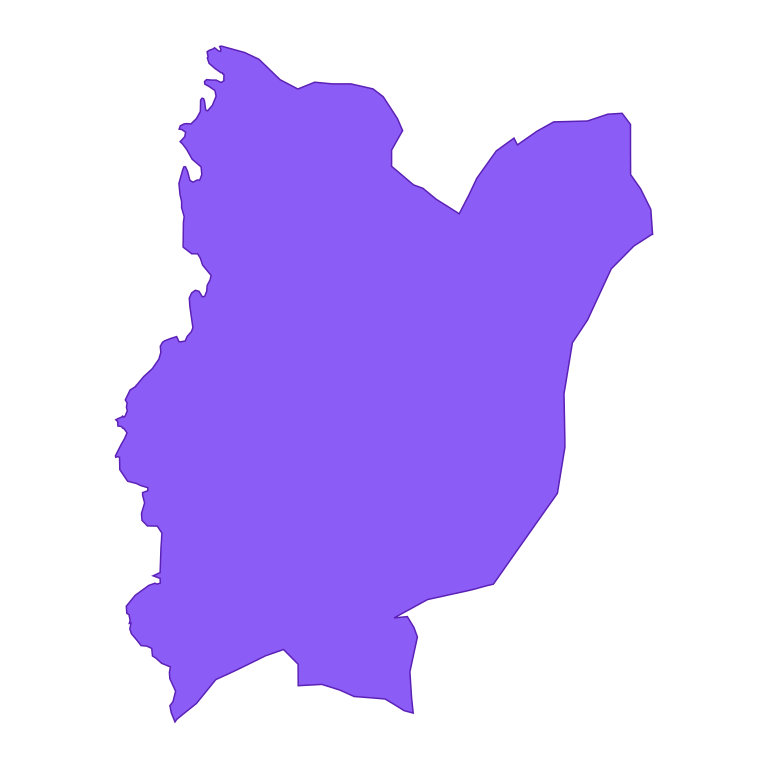 Norwein, River Cess, Liberia
{"feature_id": "62588387B87205642323712", "entity_name": "Norwein", "entity_type": "district", "adm_level": 2, "iso_a3": "LBR", "parent_name": "Liberia", "parent_adm1": "River Cess", "projection": "mercator", "projection_center": [-9.633, 5.839], "detail": "fine", "context": "isolated", "style": "filled", "palette": "violet", "viewbox_px": 768, "rotation_deg": 0, "n_neighbors": 0, "source": "geoboundaries", "source_scale": "gbopen_adm2", "svg_char_len": 3616}
<svg xmlns="http://www.w3.org/2000/svg" viewBox="0 0 768 768"><path d="M652.6,234.4L650.8,209.4L640.7,189.0L630.9,175.0L630.6,174.5L630.5,153.3L630.5,124.4L622.1,113.3L610.9,114.0L607.7,114.2L587.5,121.0L553.7,121.9L537.5,130.9L536.8,131.3L517.4,144.9L514.0,138.1L496.3,150.9L476.9,178.1L471.4,189.7L469.3,194.2L459.2,213.8L448.7,207.1L436.4,199.4L422.9,188.3L413.6,184.9L411.4,183.1L391.6,166.3L391.6,150.1L402.6,130.6L397.5,118.7L383.8,97.6L383.1,96.6L373.0,88.9L351.0,83.9L332.4,83.9L314.7,82.2L306.1,85.7L297.8,89.0L280.1,79.7L259.0,59.3L244.6,52.5L221.4,46.1L219.7,46.5L220.8,49.1L220.6,51.4L218.5,50.9L214.6,47.8L212.7,49.1L209.7,50.1L207.1,51.7L207.3,52.9L208.1,56.9L207.3,57.9L209.1,63.4L215.0,68.5L221.1,72.8L222.4,72.8L222.7,73.9L224.0,74.8L223.8,79.4L224.0,80.7L221.1,82.5L216.2,80.1L212.1,80.1L208.4,79.8L207.4,79.7L206.6,79.6L204.5,81.5L204.8,84.1L209.1,86.5L214.9,90.5L216.1,96.2L214.1,101.1L212.4,105.3L209.7,108.4L207.6,110.8L205.7,110.0L204.5,101.1L203.6,98.7L202.0,98.2L200.6,100.1L200.4,109.2L200.3,111.6L197.5,116.7L196.4,118.6L191.0,123.9L186.6,123.6L184.1,123.9L180.3,125.8L179.1,129.1L181.9,129.6L183.4,130.7L183.9,131.0L185.6,132.2L184.7,136.8L184.3,137.2L180.8,141.0L180.1,141.6L181.3,142.8L182.8,144.3L186.7,149.5L192.1,159.2L201.0,166.8L201.2,168.1L201.8,174.6L199.7,180.1L197.1,180.0L196.2,180.5L193.0,182.2L189.9,180.3L188.1,173.4L187.6,171.5L185.5,166.8L183.9,166.8L182.6,170.2L181.7,173.5L180.4,178.0L178.9,183.6L179.0,184.3L180.0,194.5L180.2,195.5L181.6,201.5L181.6,207.6L184.2,216.8L183.5,221.4L183.4,222.0L183.1,247.0L183.6,247.5L191.7,253.8L197.6,253.8L200.2,257.9L202.6,265.1L211.1,275.4L210.1,279.8L207.9,284.0L207.2,285.3L206.7,291.1L204.7,296.3L202.3,296.8L201.0,294.6L199.0,291.3L195.3,290.3L194.1,291.2L191.7,292.9L189.3,298.0L189.8,306.1L191.1,315.2L192.9,327.7L191.4,331.6L187.1,336.5L185.2,341.0L180.5,341.8L178.9,341.6L177.5,338.4L176.6,336.6L170.9,338.4L169.3,339.0L164.7,340.8L162.4,342.4L160.3,346.3L160.8,352.5L158.9,359.1L152.3,368.7L143.7,376.6L136.7,385.0L136.0,385.5L135.9,386.3L130.1,390.0L125.3,399.9L127.1,403.0L126.4,407.3L127.3,410.8L125.1,416.1L123.6,417.2L122.7,416.1L121.6,417.1L117.8,418.7L115.8,419.8L117.7,421.5L117.9,426.0L121.1,426.5L122.7,427.6L122.6,428.1L124.2,428.8L127.0,432.9L124.5,438.7L120.9,445.0L115.4,455.9L115.8,457.3L117.7,456.7L119.5,457.2L119.6,460.5L119.8,469.7L127.6,481.2L136.4,483.5L140.8,485.6L147.8,487.7L147.8,490.8L147.1,491.0L142.6,492.6L142.6,495.2L144.6,503.0L141.5,513.3L141.7,516.7L142.0,520.4L147.4,525.9L152.2,526.0L157.3,526.1L161.9,533.1L161.9,533.8L161.7,536.0L161.5,540.2L161.0,547.2L160.1,572.6L153.1,575.8L160.1,578.4L160.3,583.1L156.9,584.1L155.0,583.2L148.8,585.4L135.2,595.3L126.3,606.2L126.8,613.3L129.0,614.7L130.1,620.4L129.3,623.4L131.0,623.0L129.8,628.9L131.4,633.7L136.4,639.6L141.1,645.6L146.8,646.1L151.7,648.4L152.5,656.0L155.9,658.1L161.6,663.3L170.4,666.9L169.4,672.4L169.8,678.6L171.1,681.4L175.6,691.2L173.0,701.6L169.9,705.7L171.3,712.9L174.1,719.7L175.0,721.9L176.8,719.3L182.3,714.8L196.4,703.5L215.8,679.6L234.3,671.1L249.7,663.6L265.5,655.8L283.5,649.5L298.1,664.2L298.2,685.7L321.8,684.4L339.6,690.0L354.1,696.5L374.7,698.1L385.1,699.0L394.8,704.8L404.0,710.6L413.2,713.1L411.6,698.1L409.9,671.8L412.5,659.6L417.4,637.0L414.0,627.6L407.3,616.6L394.1,617.9L420.7,603.3L427.1,599.8L427.5,599.6L431.0,598.8L472.3,589.7L486.4,585.8L493.3,584.2L497.8,577.9L511.4,558.5L534.0,526.4L557.4,493.3L564.9,447.4L564.8,436.1L564.0,393.8L565.5,384.8L572.4,342.8L587.6,319.9L589.2,316.4L605.7,280.8L611.2,268.9L634.0,245.9L651.9,234.4L652.6,234.4Z" fill="#8b5cf6" stroke="#5b21b6" stroke-width="1.5"/></svg>